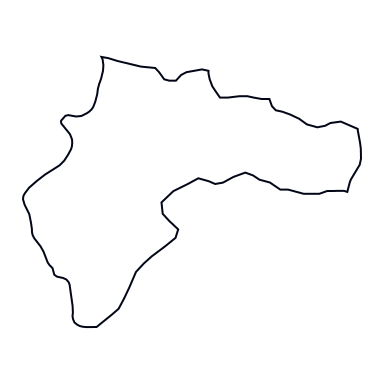 Phungso, Ryanggang, North Korea (Equal Earth projection)
{"feature_id": "82179303B38580271965004", "entity_name": "Phungso", "entity_type": "district", "adm_level": 2, "iso_a3": "PRK", "parent_name": "North Korea", "parent_adm1": "Ryanggang", "projection": "equal_earth", "projection_center": [127.952, 40.858], "detail": "fine", "context": "isolated", "style": "outline", "palette": "ink", "viewbox_px": 384, "rotation_deg": 0, "n_neighbors": 0, "source": "geoboundaries", "source_scale": "gbopen_adm2", "svg_char_len": 1787}
<svg xmlns="http://www.w3.org/2000/svg" viewBox="0 0 384 384"><path d="M357.7,128.9L347.3,124.4L340.8,121.6L330.4,123.0L325.1,125.8L317.3,127.3L306.9,124.4L299.2,118.8L290.1,114.5L282.3,111.7L275.8,110.3L271.9,106.1L269.4,99.0L261.6,99.0L253.8,97.6L247.3,96.2L239.5,96.2L227.8,97.6L223.9,97.6L220.0,97.6L216.1,92.0L212.3,86.3L209.7,79.3L208.5,73.6L208.5,70.8L202.0,69.4L194.2,70.8L186.4,72.2L181.1,75.0L175.9,80.7L169.4,80.7L164.2,79.3L159.1,72.2L155.2,68.0L140.9,66.6L129.2,63.8L117.5,61.0L108.5,58.2L101.4,56.9L102.6,59.4L103.4,65.2L103.0,70.8L101.1,78.7L99.2,83.9L97.9,88.8L97.2,94.3L95.3,101.6L93.2,107.1L91.4,109.6L88.9,111.9L86.4,113.5L81.3,116.0L76.0,116.5L68.3,115.1L65.4,115.8L61.2,120.6L61.0,121.3L61.3,123.5L69.9,134.1L71.2,137.2L72.1,139.8L72.2,143.3L71.9,146.4L71.1,149.1L68.1,154.7L64.2,160.7L59.6,165.3L45.0,174.6L36.9,180.9L29.2,187.6L24.9,193.2L23.4,196.0L23.0,199.3L24.6,204.7L29.3,214.2L31.0,222.8L31.9,229.0L32.0,232.2L32.6,235.0L34.2,238.2L40.5,246.3L43.5,251.6L47.7,262.5L49.6,265.2L52.5,268.1L54.3,274.7L56.9,276.6L63.1,278.0L66.4,279.5L68.7,282.3L69.6,284.7L72.6,306.0L72.9,312.6L72.5,316.2L73.1,319.3L74.5,322.5L77.1,324.6L79.7,326.0L82.5,326.7L85.9,327.1L96.6,327.0L101.5,323.0L112.0,314.5L118.6,308.8L123.9,298.9L129.3,287.5L136.0,271.9L143.9,263.4L151.8,256.3L165.0,246.4L175.5,237.9L178.2,229.4L169.2,220.9L162.7,213.8L161.5,202.4L173.4,191.1L187.8,184.0L198.3,178.3L208.7,181.2L215.2,184.0L223.0,182.6L233.5,176.9L245.3,172.6L253.0,175.4L259.5,179.7L269.9,182.5L280.3,189.6L288.1,189.6L293.3,191.0L303.7,193.8L311.5,193.8L319.3,193.8L327.2,191.0L332.4,191.0L336.3,190.9L340.2,190.9L344.1,190.9L347.3,191.9L349.9,181.9L351.0,179.3L359.7,164.8L361.0,158.7L360.8,148.6L360.0,142.4L357.8,130.6L357.7,128.9Z" fill="none" stroke="#020617" stroke-width="2"/></svg>